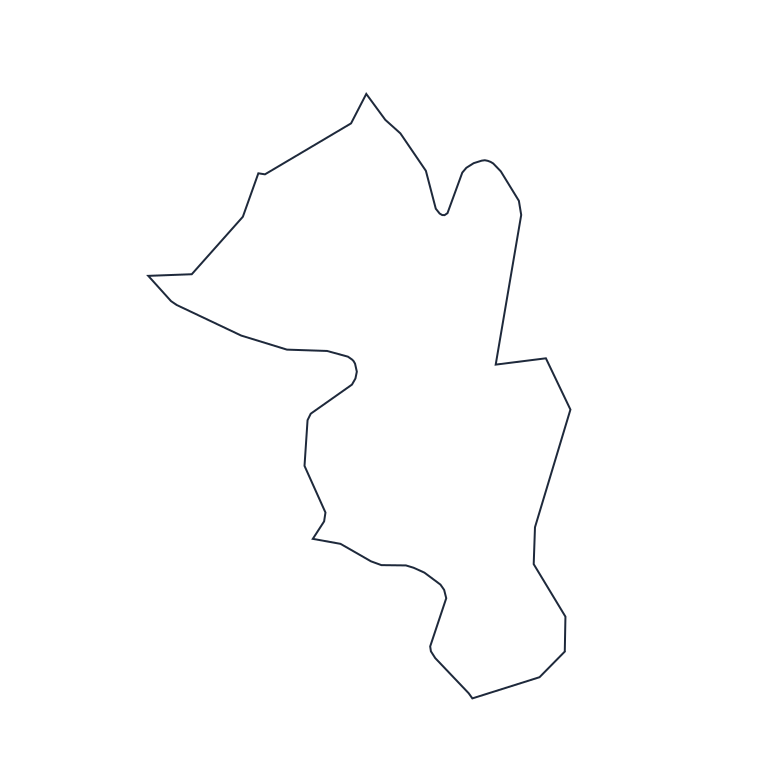 Richmond upon Thames, Mercator projection, rotated 109°
{"feature_id": "GBR-2075", "entity_name": "Richmond upon Thames", "entity_type": "London Borough", "adm_level": 1, "iso_a3": "GBR", "parent_name": "United Kingdom", "parent_adm1": "", "projection": "mercator", "projection_center": [-0.302, 51.436], "detail": "fine", "context": "isolated", "style": "outline", "palette": "slate", "viewbox_px": 768, "rotation_deg": 109, "n_neighbors": 0, "source": "natural_earth", "source_scale": "10m", "svg_char_len": 982}
<svg xmlns="http://www.w3.org/2000/svg" viewBox="0 0 768 768"><g transform="rotate(109 384 384)"><path d="M652.5,198.1L648.8,203.3L626.5,246.3L621.5,252.6L617.1,254.9L566.3,255.4L559.1,260.1L555.3,265.3L549.2,284.4L548.1,296.2L548.4,304.2L556.1,327.5L555.9,338.6L549.3,373.1L553.6,400.9L533.4,395.9L524.6,397.5L487.3,432.5L443.1,444.5L435.9,443.6L395.0,414.1L388.1,412.8L381.2,413.7L374.2,418.0L372.2,420.3L371.3,422.1L369.9,427.0L371.3,448.6L383.1,487.0L384.7,534.8L376.8,605.7L375.0,612.3L358.5,642.1L342.8,601.5L271.8,571.9L225.7,571.4L224.5,564.8L148.3,500.0L115.5,495.2L133.8,468.8L141.7,450.1L168.8,413.8L201.4,392.1L204.7,386.9L205.3,384.0L204.6,381.7L201.8,379.6L158.6,378.8L152.7,376.5L146.0,371.1L141.0,364.3L139.6,361.5L139.2,358.5L139.3,355.5L139.9,352.6L144.9,342.8L166.9,316.1L179.5,309.3L329.3,284.7L307.0,239.3L347.5,199.4L470.3,194.6L505.6,183.8L544.9,136.7L577.4,126.2L578.0,125.9L610.6,141.5L652.5,198.1Z" fill="none" stroke="#1e293b" stroke-width="2"/></g></svg>